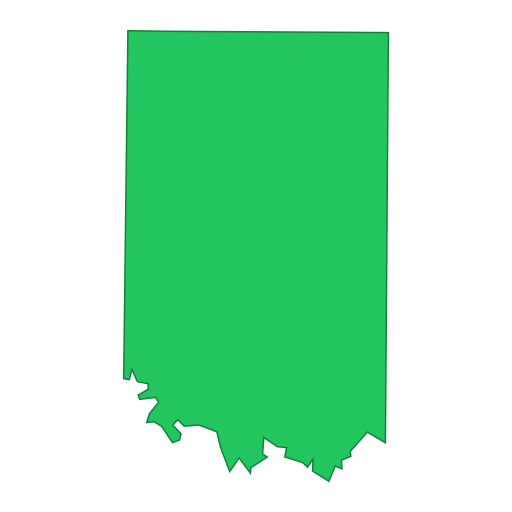 the district of Coleman, Texas, United States of America
{"feature_id": "52423323B20578192164801", "entity_name": "Coleman", "entity_type": "district", "adm_level": 2, "iso_a3": "USA", "parent_name": "United States of America", "parent_adm1": "Texas", "projection": "equal_earth", "projection_center": [-99.516, 31.746], "detail": "fine", "context": "isolated", "style": "filled", "palette": "green", "viewbox_px": 512, "rotation_deg": 0, "n_neighbors": 0, "source": "geoboundaries", "source_scale": "gbopen_adm2", "svg_char_len": 729}
<svg xmlns="http://www.w3.org/2000/svg" viewBox="0 0 512 512"><path d="M184.2,426.2L198.9,425.0L216.8,431.8L220.5,447.2L229.7,471.5L239.1,458.0L250.4,473.1L250.9,467.7L267.3,457.0L262.6,454.0L263.8,437.5L277.4,446.7L286.6,447.6L284.8,456.9L302.6,462.5L307.5,467.2L313.0,459.0L312.6,471.1L328.9,481.3L335.1,466.1L341.9,468.8L341.5,460.1L350.8,456.4L350.3,451.3L367.4,432.1L385.4,442.8L388.4,32.6L169.4,31.3L127.9,30.7L123.8,369.3L123.6,378.6L129.3,379.7L131.8,369.2L137.4,381.6L148.1,383.7L148.2,389.2L138.2,395.1L139.6,399.3L155.5,397.4L158.6,402.3L149.6,413.4L146.6,422.6L153.9,421.7L161.6,426.3L172.5,442.6L179.6,440.0L181.0,433.7L172.7,425.1L177.9,419.7L184.2,426.2Z" fill="#22c55e" stroke="#15803d" stroke-width="1.5"/></svg>